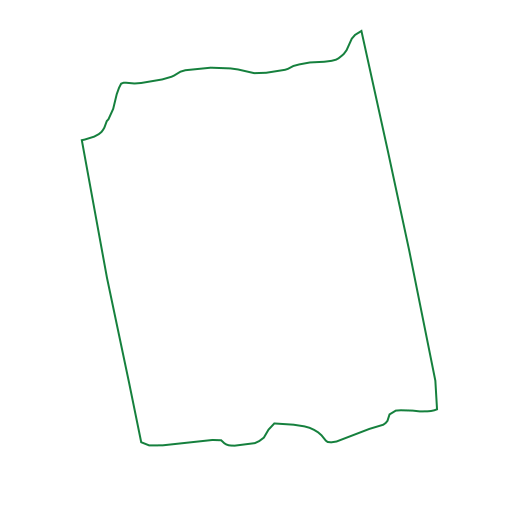 map outline of Distrito Federal (Equal Earth projection), rotated 258°
{"feature_id": "BRA-599", "entity_name": "Distrito Federal", "entity_type": "Federal District", "adm_level": 1, "iso_a3": "BRA", "parent_name": "Brazil", "parent_adm1": "", "projection": "equal_earth", "projection_center": [-47.783, -15.766], "detail": "fine", "context": "isolated", "style": "outline", "palette": "green", "viewbox_px": 512, "rotation_deg": 258, "n_neighbors": 0, "source": "natural_earth", "source_scale": "10m", "svg_char_len": 1158}
<svg xmlns="http://www.w3.org/2000/svg" viewBox="0 0 512 512"><g transform="rotate(258 256 256)"><path d="M97.7,105.0L158.2,105.5L265.8,105.7L405.5,109.7L405.5,112.7L406.4,122.5L407.9,127.6L409.5,130.7L411.3,132.7L413.0,134.3L419.0,138.1L420.4,140.1L429.6,146.9L443.2,153.4L449.0,157.0L452.6,159.9L453.0,162.4L452.5,164.9L450.0,173.0L449.1,179.7L448.2,201.0L448.9,210.6L449.5,213.3L452.0,220.4L452.4,225.5L449.6,250.9L444.8,270.0L442.2,277.2L435.2,292.3L433.1,304.1L432.1,323.1L432.4,326.1L434.1,332.1L434.4,338.2L434.1,349.0L431.8,363.2L431.2,370.5L431.4,375.1L432.2,377.8L434.3,382.0L435.4,383.9L438.5,387.4L448.7,394.9L451.7,398.9L454.2,405.9L330.7,406.8L229.5,407.0L96.7,405.5L68.4,401.2L68.0,398.2L68.0,394.9L68.4,391.6L69.9,384.0L72.2,377.1L75.0,365.6L75.7,360.6L73.3,353.7L67.4,350.3L65.7,348.1L64.5,345.4L63.3,331.0L57.8,296.2L58.1,290.8L59.2,287.4L60.9,285.9L67.0,282.8L70.6,280.1L73.9,276.6L76.8,272.7L79.3,267.9L83.2,257.6L88.4,239.1L83.6,232.2L76.7,225.9L74.3,220.7L73.2,216.0L74.9,195.8L75.6,192.8L76.5,190.0L77.8,187.8L79.4,186.1L83.0,183.6L85.1,175.2L90.2,125.4L92.9,112.2L97.7,105.0Z" fill="none" stroke="#15803d" stroke-width="2"/></g></svg>